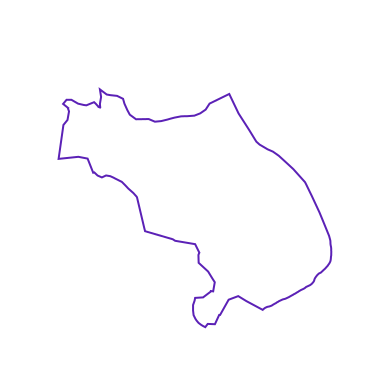 the district of Kharif, Amran, Yemen, rotated 335°
{"feature_id": "15242507B34039766657612", "entity_name": "Kharif", "entity_type": "district", "adm_level": 2, "iso_a3": "YEM", "parent_name": "Yemen", "parent_adm1": "Amran", "projection": "natural_earth1", "projection_center": [44.1, 15.855], "detail": "fine", "context": "isolated", "style": "outline", "palette": "violet", "viewbox_px": 384, "rotation_deg": 335, "n_neighbors": 0, "source": "geoboundaries", "source_scale": "gbopen_adm2", "svg_char_len": 2866}
<svg xmlns="http://www.w3.org/2000/svg" viewBox="0 0 384 384"><g transform="rotate(335 192 192)"><path d="M267.1,118.9L245.3,119.3L239.2,123.1L232.7,124.2L226.4,123.8L219.8,121.3L216.9,120.0L214.0,118.8L207.6,117.2L203.2,116.4L200.5,116.0L194.0,114.7L188.1,112.6L183.6,107.6L178.0,105.1L172.0,102.4L168.4,95.8L168.3,95.5L168.0,90.4L168.1,83.4L168.9,78.4L164.7,73.2L158.9,69.7L155.9,67.6L151.9,60.1L149.8,67.4L145.8,73.2L145.2,74.8L145.0,75.1L144.7,76.4L144.4,76.6L144.1,76.3L143.9,76.1L143.7,75.9L144.2,75.7L144.1,75.2L143.3,75.2L142.8,73.7L142.0,71.1L141.2,69.2L132.9,68.8L130.7,67.4L126.1,63.8L121.7,57.5L117.3,55.4L112.4,57.7L115.3,63.6L114.9,63.9L114.6,67.0L109.6,74.1L103.8,76.9L85.1,105.6L103.9,112.1L111.5,117.6L110.6,132.8L111.7,132.9L113.4,137.2L116.5,140.7L121.1,140.7L124.6,143.1L127.0,145.9L127.8,147.0L132.7,153.2L134.3,157.6L134.9,159.4L135.7,161.9L138.4,168.1L139.8,172.7L139.9,173.6L133.6,204.0L132.9,207.7L154.6,226.7L156.1,229.1L172.8,240.6L173.0,250.1L172.8,250.2L171.2,251.8L168.1,259.0L173.0,270.9L173.9,278.8L174.5,283.4L169.2,291.0L167.2,289.7L166.8,290.2L157.5,292.2L152.9,290.4L150.1,289.3L148.4,291.6L145.2,294.9L142.9,299.8L141.4,304.3L141.5,308.3L141.8,310.4L142.6,313.4L144.1,316.2L145.2,317.9L146.9,320.1L150.5,318.2L156.9,321.5L164.7,314.9L165.5,315.3L179.7,305.1L189.9,305.9L195.2,313.9L206.2,328.6L206.3,328.5L207.2,328.4L208.3,328.1L209.4,327.9L210.5,327.9L211.5,327.9L212.5,328.1L213.6,328.4L214.5,328.5L215.5,328.6L216.5,328.6L217.7,328.4L218.8,328.3L220.0,328.2L221.0,328.2L222.4,327.9L223.5,327.9L224.6,327.7L225.7,327.7L226.7,327.7L227.8,327.7L228.7,327.7L229.9,327.9L230.4,328.0L230.8,328.1L231.8,328.2L232.9,328.2L234.2,328.2L235.4,328.2L236.4,328.1L237.6,328.0L238.8,327.9L239.8,327.9L240.8,327.7L242.0,327.7L243.2,327.6L244.5,327.4L246.0,327.3L247.0,327.1L248.2,327.0L249.3,326.9L250.3,326.9L251.3,326.9L252.3,326.9L253.2,326.8L254.3,326.6L255.3,326.3L256.3,326.3L257.3,326.3L258.4,326.3L259.7,326.3L260.6,326.1L261.6,325.9L262.5,325.5L263.5,325.1L264.4,324.6L265.2,324.0L266.0,323.0L266.9,322.2L267.7,321.7L268.7,321.1L269.7,320.6L270.5,320.2L271.7,319.8L272.6,319.5L273.6,319.5L274.7,319.5L275.9,319.1L276.9,318.8L278.0,318.4L279.0,318.1L280.0,317.8L281.0,317.4L282.1,316.9L283.1,316.5L284.0,316.1L284.9,315.5L285.9,315.0L286.9,314.3L287.9,313.5L288.6,312.7L289.3,311.7L290.0,310.5L290.6,309.4L291.5,308.1L292.0,307.0L292.5,306.0L293.0,305.0L293.5,303.7L294.0,302.7L294.4,301.7L294.8,300.5L295.1,299.2L295.4,298.1L295.8,297.0L296.3,295.9L296.8,294.6L297.0,293.7L297.7,289.7L298.5,273.5L298.8,266.8L298.9,264.5L298.9,261.3L298.9,249.5L298.9,246.5L298.8,241.0L298.7,233.6L298.6,230.9L293.5,214.1L289.4,204.1L289.2,203.6L286.0,195.9L282.4,189.6L278.5,185.2L277.5,183.7L273.3,177.6L271.6,173.6L271.3,171.2L270.0,159.8L267.4,140.5L267.2,121.0L267.2,118.9L267.1,118.9Z" fill="none" stroke="#5b21b6" stroke-width="2"/></g></svg>